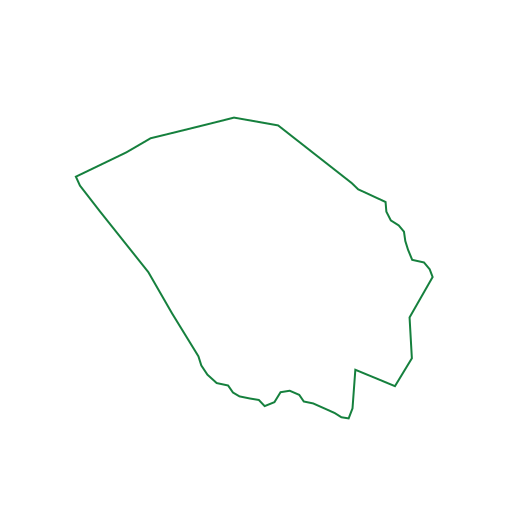 Pindoba, Alagoas, Brazil (Albers equal-area conic projection), rotated 219°
{"feature_id": "56859067B20110323739733", "entity_name": "Pindoba", "entity_type": "district", "adm_level": 2, "iso_a3": "BRA", "parent_name": "Brazil", "parent_adm1": "Alagoas", "projection": "albers", "projection_center": [-36.301, -9.475], "detail": "fine", "context": "isolated", "style": "outline", "palette": "green", "viewbox_px": 512, "rotation_deg": 219, "n_neighbors": 0, "source": "geoboundaries", "source_scale": "gbopen_adm2", "svg_char_len": 759}
<svg xmlns="http://www.w3.org/2000/svg" viewBox="0 0 512 512"><g transform="rotate(219 256 256)"><path d="M445.9,204.3L437.1,199.9L405.6,192.5L329.5,175.7L285.2,158.6L237.6,141.8L229.6,136.5L219.1,133.2L206.6,132.5L196.2,137.8L188.0,135.4L180.5,136.5L171.1,141.4L163.2,145.9L154.8,144.8L149.7,154.0L151.2,165.6L145.0,172.5L135.0,175.3L127.3,173.0L118.8,177.4L108.0,180.3L95.9,183.5L88.2,184.4L81.8,188.1L85.1,198.3L107.2,230.1L66.1,242.3L70.5,274.6L98.0,304.9L105.5,350.8L112.7,355.0L121.4,356.7L132.2,351.3L141.9,356.6L149.4,361.6L156.3,368.0L164.3,369.6L173.6,368.5L182.6,372.5L189.3,379.5L218.6,372.1L227.3,372.9L321.0,371.4L360.2,349.7L377.0,327.3L405.2,290.1L412.0,281.2L422.0,254.9L445.9,204.3Z" fill="none" stroke="#15803d" stroke-width="2"/></g></svg>